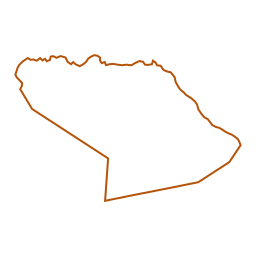 the district of São Vicente do Seridó, Paraíba, Brazil
{"feature_id": "56859067B58520113150503", "entity_name": "São Vicente do Seridó", "entity_type": "district", "adm_level": 2, "iso_a3": "BRA", "parent_name": "Brazil", "parent_adm1": "Paraíba", "projection": "mercator", "projection_center": [-36.456, -6.916], "detail": "fine", "context": "isolated", "style": "outline", "palette": "amber", "viewbox_px": 256, "rotation_deg": 0, "n_neighbors": 0, "source": "geoboundaries", "source_scale": "gbopen_adm2", "svg_char_len": 1129}
<svg xmlns="http://www.w3.org/2000/svg" viewBox="0 0 256 256"><path d="M20.2,89.2L32.1,109.0L108.1,158.4L105.1,200.8L135.3,194.7L149.8,191.9L198.3,182.2L229.3,162.1L240.6,145.2L239.1,141.3L237.7,139.0L234.6,136.5L231.5,134.5L228.1,133.2L224.7,131.3L222.1,129.5L219.4,127.9L215.8,126.9L212.3,125.1L210.3,122.4L207.7,119.1L204.3,117.3L201.3,113.7L198.4,109.4L197.0,104.4L194.8,101.3L191.2,98.2L186.0,94.9L183.7,92.3L181.0,90.3L179.1,88.0L175.7,82.1L174.7,77.4L173.0,75.1L170.7,72.3L167.1,71.5L163.6,70.0L160.6,65.7L157.1,65.4L155.7,62.7L153.0,60.7L151.9,64.3L147.9,64.9L145.1,64.7L142.9,61.7L139.2,61.1L134.9,63.2L131.3,65.3L126.5,64.7L122.0,65.2L119.2,64.9L115.7,64.3L112.4,63.9L109.2,64.3L106.0,65.1L104.7,62.0L101.8,63.2L100.1,60.9L100.1,57.6L97.3,55.7L94.1,55.2L90.8,56.8L88.4,58.4L86.2,61.7L83.6,64.0L79.7,66.2L75.6,64.3L73.2,62.1L71.1,64.2L67.7,62.0L65.5,57.5L60.5,56.1L56.5,57.8L53.2,56.2L50.7,56.6L49.8,60.1L46.6,61.1L45.0,58.8L42.4,60.4L40.1,58.1L36.8,60.7L33.4,59.5L30.6,59.8L27.7,58.1L22.5,61.6L19.2,65.0L17.6,67.8L15.4,74.7L16.7,77.3L22.2,83.1L21.8,86.1L20.2,89.2Z" fill="none" stroke="#b45309" stroke-width="2"/></svg>